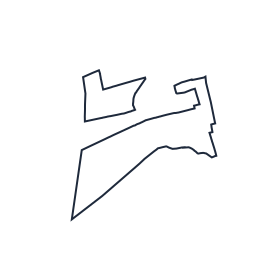 San Sebastián Tutla, Oaxaca, Mexico, rotated 62°
{"feature_id": "50627088B66033285847791", "entity_name": "San Sebastián Tutla", "entity_type": "district", "adm_level": 2, "iso_a3": "MEX", "parent_name": "Mexico", "parent_adm1": "Oaxaca", "projection": "natural_earth1", "projection_center": [-96.683, 17.044], "detail": "fine", "context": "isolated", "style": "outline", "palette": "slate", "viewbox_px": 256, "rotation_deg": 62, "n_neighbors": 0, "source": "geoboundaries", "source_scale": "gbopen_adm2", "svg_char_len": 3577}
<svg xmlns="http://www.w3.org/2000/svg" viewBox="0 0 256 256"><g transform="rotate(62 128 128)"><path d="M125.8,179.2L182.3,220.5L175.9,182.6L164.9,134.7L163.2,128.5L163.1,128.3L160.8,115.8L160.4,112.8L160.0,111.4L160.0,111.0L160.5,109.2L161.1,106.7L162.1,103.0L162.5,102.5L164.6,101.0L167.3,98.5L168.9,94.9L170.1,90.9L170.4,89.8L171.3,87.7L171.5,88.0L173.5,83.5L174.7,82.4L176.4,81.2L178.4,80.2L179.3,80.0L180.3,79.4L181.1,79.1L183.0,78.5L183.6,77.9L184.3,75.6L184.8,74.4L184.9,74.1L185.1,73.7L185.2,73.4L185.6,72.8L187.1,71.1L187.2,70.9L187.4,70.8L187.6,70.7L187.8,70.6L190.6,69.2L193.3,67.8L193.6,65.2L193.6,64.2L193.7,63.9L193.9,63.6L194.0,63.1L192.5,62.7L189.1,61.9L188.9,61.9L186.6,61.4L182.3,60.6L181.4,60.4L180.8,60.3L179.4,60.1L179.0,60.0L177.7,59.7L176.9,59.6L175.6,59.3L174.7,59.1L174.0,59.0L170.5,58.3L170.7,57.5L171.3,55.4L171.1,55.3L167.0,54.0L166.7,53.9L164.0,52.9L164.2,51.7L164.9,48.9L160.4,47.6L143.9,42.7L140.3,41.8L140.2,41.8L139.9,41.7L124.9,37.9L121.4,36.5L119.0,35.5L119.0,36.2L119.1,37.2L117.8,41.8L116.5,46.3L115.7,48.9L115.1,48.9L114.3,52.7L113.5,56.7L113.3,57.4L112.9,59.3L112.8,61.5L112.8,62.4L112.7,63.2L112.6,64.9L112.6,66.3L112.5,66.7L112.5,67.2L112.7,67.3L113.6,67.5L115.3,68.1L116.1,68.2L116.8,68.4L117.3,68.5L119.0,68.8L119.8,69.0L120.2,68.8L120.6,68.5L121.2,66.9L123.0,62.1L123.3,60.9L123.5,58.7L123.8,56.0L124.0,53.9L124.1,53.6L124.2,53.1L124.5,51.7L124.7,50.5L131.5,51.9L132.4,52.1L133.8,52.3L135.2,52.6L135.6,52.7L136.9,52.9L137.7,53.1L138.7,53.3L140.7,53.7L140.1,55.8L139.7,57.8L139.3,59.2L142.0,60.0L141.0,63.8L140.8,64.7L140.7,65.1L140.4,66.5L138.0,76.3L137.9,76.6L137.7,77.1L137.2,78.7L136.7,79.6L136.3,80.7L136.2,81.0L134.4,87.8L134.1,89.1L133.8,90.3L133.4,92.0L133.0,93.9L132.6,95.3L132.6,95.6L132.0,98.0L132.0,98.4L131.4,100.1L130.7,103.4L129.6,108.3L129.5,108.7L129.4,109.0L129.5,109.6L129.4,113.2L129.3,114.3L129.3,115.7L129.1,116.8L128.9,118.2L128.9,119.0L129.0,120.8L128.6,121.9L128.4,126.4L127.9,135.3L127.9,135.6L127.4,143.7L127.3,146.4L127.3,146.9L127.3,147.5L127.2,148.5L127.1,150.2L127.0,153.2L126.2,169.8L125.8,179.2ZM91.5,89.3L91.1,91.0L89.7,97.1L88.8,101.0L88.1,104.6L87.2,108.7L87.1,109.2L86.4,112.5L85.4,117.3L85.3,118.0L84.3,122.4L84.3,122.8L84.1,124.0L82.5,131.4L82.4,131.9L75.8,130.0L73.1,129.2L71.5,128.8L71.2,128.7L70.8,128.5L67.6,127.5L67.1,127.3L67.0,127.2L63.4,126.6L62.7,133.5L62.0,143.8L63.7,144.4L77.6,149.4L86.5,154.6L87.2,155.0L88.5,155.7L89.4,156.2L90.4,156.7L91.3,157.2L91.5,157.3L93.1,158.2L95.9,159.8L98.2,161.1L98.5,161.2L102.0,163.0L104.6,153.9L105.8,149.7L106.2,148.3L107.0,145.7L107.0,145.4L107.3,144.5L107.8,142.8L108.1,141.8L108.2,141.3L108.4,140.4L108.6,139.9L108.7,139.6L108.8,139.2L108.9,138.9L109.2,138.2L109.3,137.9L109.4,137.5L109.5,137.2L110.3,134.5L111.2,131.6L112.6,126.5L112.9,125.9L113.2,125.0L113.5,123.9L113.5,123.6L113.6,123.1L113.8,122.0L113.9,121.2L114.0,120.6L114.2,119.6L114.3,119.1L114.6,118.1L114.7,117.4L114.7,116.5L115.3,113.5L115.2,113.3L115.2,113.2L114.5,113.2L113.8,113.2L113.4,113.1L111.8,112.9L111.2,112.9L110.5,112.9L110.3,112.9L110.2,112.9L109.9,112.7L109.4,112.4L109.0,112.1L108.6,112.0L108.0,111.5L107.3,111.0L107.1,110.9L106.9,110.8L106.5,110.5L106.1,110.3L105.3,109.8L105.0,109.6L104.8,109.4L104.3,109.1L103.5,108.3L102.6,107.4L101.1,105.7L100.5,104.8L100.6,104.6L100.1,103.6L99.9,103.4L99.6,102.9L99.5,102.7L99.3,102.3L99.2,102.1L98.6,100.9L98.5,100.7L97.8,99.3L97.7,99.1L96.9,97.7L96.5,96.8L96.4,96.6L95.7,95.3L95.1,94.1L94.5,92.9L93.9,91.8L93.3,90.7L93.0,89.8L92.7,89.6L92.2,89.4L91.8,89.4L91.5,89.3Z" fill="none" stroke="#1e293b" stroke-width="2"/></g></svg>